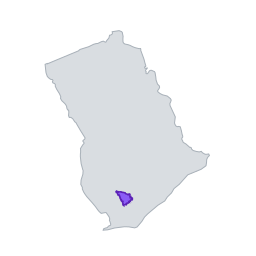 location of Wassa Amenfi East, Western, Ghana, rotated 338°
{"feature_id": "2480657B15365927336493", "entity_name": "Wassa Amenfi East", "entity_type": "district", "adm_level": 2, "iso_a3": "GHA", "parent_name": "Ghana", "parent_adm1": "Western", "projection": "mercator", "projection_center": [-2.086, 5.877], "detail": "fine", "context": "in_parent", "style": "filled", "palette": "violet", "viewbox_px": 256, "rotation_deg": 338, "n_neighbors": 0, "source": "geoboundaries", "source_scale": "gbopen_adm2", "svg_char_len": 5419}
<svg xmlns="http://www.w3.org/2000/svg" viewBox="0 0 256 256"><g transform="rotate(338 128 128)"><path d="M156.2,34.4L158.1,36.2L158.5,37.2L157.8,41.1L156.5,43.8L155.6,46.4L155.7,47.6L156.5,48.9L159.4,50.9L160.9,52.2L162.6,54.2L164.6,56.1L168.0,58.6L169.4,59.0L169.4,59.7L168.9,60.7L168.6,70.0L168.3,72.4L168.1,73.6L167.8,77.1L167.4,77.6L166.8,77.5L166.2,77.7L166.0,78.4L166.3,79.1L168.3,79.6L167.9,80.1L166.4,80.6L165.6,81.6L166.0,82.8L165.1,83.8L165.4,84.4L165.9,84.9L166.8,84.7L169.2,83.1L170.2,82.9L171.4,83.3L173.7,85.7L173.8,86.9L172.9,91.0L172.0,94.1L171.8,98.4L172.8,100.7L172.6,102.0L171.6,103.1L169.2,104.7L169.4,105.9L170.5,107.9L172.5,110.2L176.4,113.1L178.4,116.8L178.5,118.3L177.3,119.8L175.9,121.1L175.4,123.0L176.0,135.4L173.0,140.8L172.9,142.3L173.2,144.1L174.1,145.2L175.6,145.5L176.9,146.5L176.5,150.3L175.8,154.1L175.7,156.0L175.3,156.9L174.1,157.6L173.6,158.8L173.9,160.3L173.7,161.4L174.4,162.8L175.8,164.6L178.0,169.1L178.9,169.4L179.3,170.3L179.0,171.2L179.9,173.2L182.4,175.2L185.1,176.9L187.2,177.1L187.7,178.7L189.1,180.6L190.1,181.5L191.8,182.0L193.1,182.3L193.2,184.0L190.8,185.1L189.1,186.8L187.9,189.4L186.2,192.2L180.3,193.7L178.0,193.7L165.9,193.8L154.5,199.4L148.0,201.4L144.0,204.5L138.6,206.7L134.8,209.4L126.9,210.8L114.1,215.0L110.1,216.7L106.0,219.7L99.4,223.2L96.8,223.1L91.6,219.9L87.7,218.2L78.2,215.7L71.0,214.8L67.6,213.7L66.7,213.5L67.5,212.4L69.4,212.3L71.5,212.6L73.1,211.7L75.4,211.6L76.0,210.7L76.2,208.3L76.2,206.5L77.0,205.6L77.2,203.4L76.1,198.4L75.3,197.9L71.1,197.1L70.8,196.2L70.1,195.1L69.3,192.6L68.4,188.8L66.9,184.1L64.1,176.3L63.4,173.5L62.9,170.7L62.8,167.4L63.4,166.2L63.3,164.4L63.1,162.7L65.0,158.7L68.9,153.9L69.7,152.1L70.4,150.9L70.5,149.2L71.2,143.5L73.1,136.7L74.2,134.1L75.0,132.7L75.9,130.4L76.2,129.3L79.7,126.7L81.4,125.9L81.7,124.9L81.2,123.7L81.4,122.9L82.3,122.5L83.6,122.2L84.5,121.1L83.0,112.7L81.8,104.2L81.8,103.5L81.0,102.4L80.3,98.9L79.1,96.8L77.5,96.2L77.5,94.3L79.1,91.1L79.6,89.2L78.8,88.6L78.7,87.1L79.2,84.7L79.0,83.2L78.6,81.7L76.9,78.0L76.5,75.3L77.4,73.8L77.3,70.5L76.4,65.3L76.2,62.0L76.9,60.6L76.6,59.3L75.3,58.1L75.2,56.9L76.3,55.7L76.1,54.8L74.8,54.2L73.6,52.6L72.5,50.1L72.7,46.0L74.8,38.5L75.0,37.9L77.3,37.9L77.3,38.3L84.4,38.2L92.6,38.1L102.3,38.0L111.2,37.9L111.6,37.6L113.0,37.2L122.0,37.9L127.6,37.5L130.0,37.8L131.7,38.3L135.6,38.0L137.6,38.2L139.2,40.0L139.8,40.0L140.7,39.2L142.2,38.3L143.8,37.6L144.9,36.2L145.6,35.1L146.6,35.3L148.1,35.2L149.1,34.3L149.4,32.8L156.2,34.4Z" fill="#d9dde1" stroke="#a8b0b8" stroke-width="1"/><path d="M94.7,197.8L94.7,197.7L94.8,197.9L94.9,197.6L95.2,197.8L95.3,197.7L95.5,197.8L95.9,197.9L96.1,198.0L96.2,197.9L96.4,197.9L96.5,197.9L96.6,198.1L96.8,198.1L96.8,197.9L97.0,197.8L97.3,197.9L97.5,197.9L97.6,198.2L97.8,198.0L97.8,197.8L97.8,197.7L98.0,197.6L98.2,197.4L98.4,197.4L98.6,197.5L98.6,197.8L98.7,197.7L98.9,197.4L99.0,197.3L99.3,197.5L99.5,197.5L99.8,197.4L99.9,197.5L100.0,197.7L100.3,197.7L100.5,197.6L100.4,197.5L100.6,197.6L100.8,197.6L101.0,197.5L101.0,197.4L101.2,197.1L101.2,196.9L101.3,197.0L101.3,196.9L101.5,196.8L101.6,196.7L101.8,196.7L102.0,196.3L102.3,196.4L102.5,196.4L102.6,196.5L102.6,196.4L102.8,196.3L102.9,196.2L103.1,196.1L103.4,195.9L103.5,195.9L103.6,195.7L103.8,195.7L104.1,195.7L104.3,195.7L104.3,195.8L104.4,196.0L104.5,196.2L104.7,196.3L104.8,196.2L105.0,196.1L105.2,195.9L105.4,195.7L105.5,195.6L105.5,195.4L105.6,195.2L105.7,194.9L105.8,194.7L105.7,194.5L104.8,194.7L104.9,194.4L105.0,194.4L105.1,194.2L105.3,194.1L105.0,193.7L104.4,193.6L103.9,193.5L104.0,193.2L104.3,192.9L104.4,193.0L104.5,192.9L104.4,192.9L104.4,192.7L104.3,192.8L104.2,192.8L104.2,192.7L104.0,192.4L104.1,192.2L104.4,191.9L104.3,191.7L104.6,191.2L104.6,190.9L104.9,190.5L104.8,190.4L104.9,190.2L104.9,189.9L104.6,189.7L104.4,189.5L104.2,189.7L103.7,189.7L103.7,189.9L103.6,190.0L103.5,189.9L103.3,190.0L103.0,189.9L102.8,189.7L102.7,189.6L102.7,189.3L102.6,189.1L102.3,189.0L102.2,188.9L102.1,188.7L101.7,188.4L101.5,188.2L101.4,188.1L101.3,187.9L101.2,187.9L101.2,187.6L101.1,187.3L101.1,187.1L100.9,187.1L100.7,187.0L100.6,186.8L100.4,186.7L100.2,186.5L99.9,186.3L99.9,186.1L99.6,186.0L99.4,185.9L99.2,185.9L98.9,185.8L98.8,185.6L98.6,185.3L98.4,185.3L98.2,185.2L97.9,185.1L98.0,184.9L97.7,184.5L95.6,183.8L95.3,183.9L95.3,183.6L95.2,183.6L94.9,183.5L94.7,183.2L94.4,182.9L94.2,183.1L94.1,182.8L93.9,182.2L93.6,182.3L93.4,182.3L93.1,182.4L93.1,182.6L93.3,182.8L93.1,183.0L93.3,183.2L93.4,183.4L93.3,183.5L93.5,183.6L93.6,183.9L93.6,184.0L93.6,184.3L93.7,184.5L93.6,184.8L93.6,185.0L93.6,185.3L93.7,185.5L93.8,185.7L93.7,185.9L93.8,185.9L93.9,186.0L93.8,186.3L94.0,186.4L94.1,186.6L94.1,186.8L94.3,187.0L94.5,187.1L94.5,187.3L94.6,187.2L94.6,187.4L94.7,187.5L94.8,187.8L94.7,187.8L94.6,188.0L94.6,188.4L94.6,188.5L94.6,188.8L94.6,189.0L94.7,189.3L94.5,189.5L94.6,189.8L94.4,190.0L94.5,190.1L94.7,190.4L94.7,190.5L94.6,190.9L94.6,191.0L94.5,190.9L94.5,191.0L94.6,191.4L94.5,191.5L94.7,191.8L94.7,191.7L94.8,191.8L94.7,191.9L94.8,192.1L95.0,192.2L95.0,192.3L94.9,192.4L94.7,192.5L94.4,192.7L94.5,193.0L94.6,193.3L94.8,193.3L94.8,193.5L95.1,193.6L95.1,193.8L95.4,193.9L95.4,194.0L95.4,194.3L95.3,194.5L95.5,194.5L95.4,194.6L95.3,194.8L95.1,195.1L95.0,195.3L95.1,195.5L95.1,195.9L95.2,196.1L95.1,196.4L94.9,196.4L94.9,196.5L94.7,196.7L94.6,196.8L94.6,197.0L94.8,197.2L94.7,197.2L94.6,197.3L94.5,197.5L94.7,197.8Z" fill="#8b5cf6" stroke="#5b21b6" stroke-width="1.5"/></g></svg>